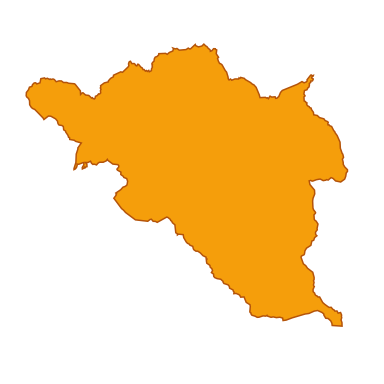 Bisoca, Buzau, Romania (Albers equal-area conic projection), rotated 175°
{"feature_id": "2599482B15447041299262", "entity_name": "Bisoca", "entity_type": "district", "adm_level": 2, "iso_a3": "ROU", "parent_name": "Romania", "parent_adm1": "Buzau", "projection": "albers", "projection_center": [26.695, 45.563], "detail": "fine", "context": "isolated", "style": "filled", "palette": "amber", "viewbox_px": 384, "rotation_deg": 175, "n_neighbors": 0, "source": "geoboundaries", "source_scale": "gbopen_adm2", "svg_char_len": 5902}
<svg xmlns="http://www.w3.org/2000/svg" viewBox="0 0 384 384"><g transform="rotate(175 192 192)"><path d="M237.5,324.1L238.4,325.0L240.8,325.2L241.9,327.6L242.8,327.4L243.4,326.9L244.1,325.1L243.9,323.4L244.5,322.4L250.8,317.3L252.5,317.9L260.0,315.2L260.3,313.6L263.2,312.3L265.6,310.0L265.8,309.0L269.9,308.3L273.8,305.9L273.7,304.5L274.3,303.6L273.7,302.3L274.4,300.9L274.3,298.7L275.5,297.7L276.5,297.9L278.1,296.3L279.8,295.8L280.5,293.7L281.0,293.2L282.5,293.7L282.9,294.6L283.8,294.3L286.4,297.2L289.6,297.9L291.9,300.3L292.8,300.3L294.5,298.9L294.4,302.5L299.0,309.5L299.8,310.1L305.4,311.1L307.2,312.0L310.5,312.3L312.4,314.0L314.8,314.3L317.7,313.7L319.3,316.0L320.6,316.7L322.7,316.4L323.5,317.0L324.3,316.6L326.1,317.9L328.1,317.5L328.9,318.5L332.7,318.1L333.9,314.0L337.2,313.2L338.2,314.4L339.7,314.4L341.5,312.9L342.3,311.1L344.8,310.6L346.0,308.1L348.3,305.6L348.8,302.3L348.3,301.0L346.8,299.5L345.9,297.2L346.1,293.1L344.9,290.6L343.7,289.2L341.4,287.9L339.4,285.5L333.9,278.7L333.2,277.1L328.4,280.2L326.0,279.8L321.6,276.8L319.9,274.5L319.5,271.7L318.6,270.3L315.8,269.6L314.5,268.5L314.4,265.1L312.7,263.8L312.5,262.6L310.6,259.2L310.2,257.3L309.3,256.9L309.2,255.0L304.8,253.8L303.5,252.6L298.0,250.5L301.9,245.8L301.9,244.8L304.0,239.9L305.1,231.5L307.5,225.7L307.6,224.6L306.3,225.1L305.0,226.4L304.1,228.4L304.0,229.8L302.4,229.5L297.7,230.8L297.2,230.5L297.4,228.5L299.2,226.0L299.2,224.5L297.3,225.3L297.0,225.9L296.7,225.3L296.3,225.4L295.9,226.1L294.4,226.4L294.3,228.8L295.5,230.7L293.4,230.4L290.4,231.5L289.6,229.4L288.3,228.1L287.1,228.3L284.7,227.3L283.4,228.7L281.6,229.7L277.8,229.4L274.7,230.5L273.5,231.9L273.0,230.8L268.4,226.7L263.4,225.7L262.6,224.3L262.9,223.2L264.8,221.3L264.4,220.3L261.1,218.0L261.4,215.6L259.2,213.7L258.6,212.4L255.9,211.1L255.2,208.3L256.1,204.8L257.8,203.5L260.4,202.8L262.8,200.5L268.0,197.6L267.3,196.8L267.9,196.2L267.9,195.4L270.4,192.6L263.6,181.6L261.8,179.9L260.0,177.4L250.8,169.2L238.6,166.7L236.1,168.3L234.8,168.4L233.3,166.2L231.0,165.9L229.3,164.8L219.4,169.2L218.3,168.8L216.0,166.6L215.7,165.5L214.7,164.6L214.2,163.1L211.9,160.8L211.7,152.8L210.3,151.8L210.3,150.5L209.2,151.2L204.5,150.3L204.2,147.2L202.1,142.7L201.0,141.3L199.4,140.4L198.7,139.2L196.0,137.8L195.6,135.2L195.0,134.1L193.2,132.7L191.4,132.5L189.1,130.7L186.6,127.6L183.7,125.9L183.7,123.9L183.0,123.8L183.7,122.4L183.5,119.8L180.6,117.4L180.4,115.5L178.9,113.9L178.4,111.8L179.7,110.0L177.7,108.4L177.7,106.1L176.9,104.8L174.5,103.5L171.0,102.6L168.8,100.2L168.9,99.5L168.2,98.1L164.2,96.4L163.1,94.8L162.9,92.9L159.7,90.9L159.4,89.4L158.8,88.6L159.2,87.1L156.9,87.1L154.6,85.9L153.5,85.1L152.7,83.0L149.3,82.9L147.6,77.3L144.1,74.7L143.9,73.0L144.8,67.8L144.6,66.9L144.0,66.6L143.7,65.0L143.0,64.0L140.0,62.8L138.0,61.5L136.3,61.4L132.0,62.4L129.2,61.9L128.0,62.6L127.6,61.8L124.2,60.3L121.9,60.5L118.9,59.5L115.4,59.6L112.7,58.5L112.5,56.0L109.3,56.2L103.2,57.9L90.0,60.6L86.1,60.8L80.6,62.7L77.2,63.0L72.9,60.6L71.4,59.1L71.3,57.7L69.8,54.6L67.4,54.1L65.0,51.5L64.1,49.1L64.0,46.8L54.2,45.3L54.0,48.9L54.7,51.5L53.8,53.8L54.0,54.8L53.7,56.4L54.5,59.0L57.0,58.6L57.9,60.8L60.0,60.9L60.9,62.3L61.9,62.8L63.4,65.0L65.6,65.1L69.5,68.5L71.4,70.5L74.0,76.3L75.6,76.4L76.2,77.3L77.7,78.2L78.4,79.2L78.6,80.5L80.0,82.1L79.9,84.4L78.4,87.2L78.9,87.7L79.1,88.8L78.3,91.3L78.7,93.0L78.0,94.2L77.8,96.3L78.7,101.5L83.6,106.0L85.1,108.7L87.3,110.7L89.1,117.6L88.5,118.7L85.9,119.7L85.4,120.4L84.6,123.6L82.8,126.1L78.2,128.5L76.9,132.7L75.0,133.3L73.8,135.9L71.4,137.5L72.5,138.9L72.5,140.8L72.2,141.6L70.5,143.4L70.6,144.7L69.3,149.1L70.9,152.2L72.2,153.3L72.6,154.3L72.5,158.6L70.9,160.1L70.7,160.9L72.4,163.6L72.9,165.3L72.8,168.1L72.6,172.6L72.0,175.1L69.9,179.4L69.8,183.2L73.9,189.2L74.3,192.9L72.7,193.2L71.5,192.4L70.6,192.4L67.0,193.4L63.8,193.7L62.9,193.6L60.3,191.9L57.7,192.1L56.9,192.6L55.3,192.0L52.2,194.2L50.3,193.2L48.0,190.5L43.0,189.0L38.8,191.5L37.5,194.2L36.7,197.5L35.3,199.0L35.2,200.7L37.7,203.7L38.9,206.3L38.8,208.3L39.3,211.6L38.0,213.3L38.5,216.6L39.0,217.2L40.4,222.6L40.2,228.8L42.5,235.6L44.3,238.6L44.5,239.6L45.5,240.9L47.2,245.1L49.0,246.0L49.7,247.0L50.6,247.0L50.8,248.0L50.2,249.5L50.8,250.3L53.2,251.6L54.2,253.4L58.5,255.0L60.5,257.3L64.0,258.3L64.1,260.8L65.8,263.8L66.0,265.2L67.4,265.8L67.8,266.8L69.5,267.9L70.1,269.4L69.7,270.7L70.7,271.2L71.0,272.2L72.3,272.9L72.2,277.0L71.0,277.9L72.0,279.9L71.1,283.3L68.6,283.8L67.6,285.5L66.3,286.4L65.7,288.3L65.7,289.9L64.2,290.8L64.1,292.1L62.3,292.2L61.5,293.5L61.4,294.1L62.8,295.1L62.8,296.0L61.1,297.0L60.9,297.6L62.0,297.3L63.0,298.2L63.6,298.1L67.6,293.8L67.6,292.6L68.6,291.7L70.8,291.0L72.8,292.4L77.7,290.1L93.2,285.3L95.1,283.5L97.2,279.6L99.3,278.0L100.5,278.0L100.8,279.5L101.3,279.6L104.3,279.6L105.9,280.7L107.8,278.3L108.7,279.3L109.5,279.1L110.6,279.9L116.0,280.1L116.6,283.2L119.0,290.7L121.2,293.6L122.2,293.9L124.1,295.9L129.1,299.4L129.9,300.6L133.5,301.9L133.8,301.3L134.8,301.2L135.2,301.6L135.7,300.5L139.3,300.9L142.7,299.9L143.8,301.2L145.3,300.4L146.0,301.5L146.1,303.6L147.1,308.4L148.3,310.1L151.0,316.1L152.4,317.4L153.3,317.6L154.4,320.3L154.9,323.0L153.8,323.9L155.8,327.6L155.0,331.4L156.2,332.1L156.3,332.7L158.0,332.9L159.9,331.0L161.4,330.6L161.3,331.4L162.0,332.5L163.3,333.7L164.5,335.6L165.6,336.3L167.3,338.3L169.5,336.5L173.0,336.0L175.6,337.5L175.9,338.7L180.9,334.8L181.9,334.7L183.2,335.7L185.5,334.4L192.3,334.4L194.5,336.3L196.1,336.0L198.4,337.0L198.0,336.2L198.9,334.1L202.4,333.0L204.7,331.3L206.2,332.4L213.0,332.7L213.4,331.3L215.1,330.0L216.8,329.6L217.8,328.3L218.5,325.6L220.0,324.5L220.8,323.2L220.7,322.5L220.3,322.2L220.8,321.0L220.5,320.0L221.6,318.2L221.9,316.4L223.7,315.6L224.1,315.5L224.5,316.9L226.0,316.0L226.7,317.0L227.9,316.5L229.1,318.2L230.1,318.2L230.8,320.0L232.0,320.8L234.1,323.8L235.0,324.0L235.9,322.5L236.4,322.5L237.2,323.1L237.5,324.1Z" fill="#f59e0b" stroke="#b45309" stroke-width="1.5"/></g></svg>